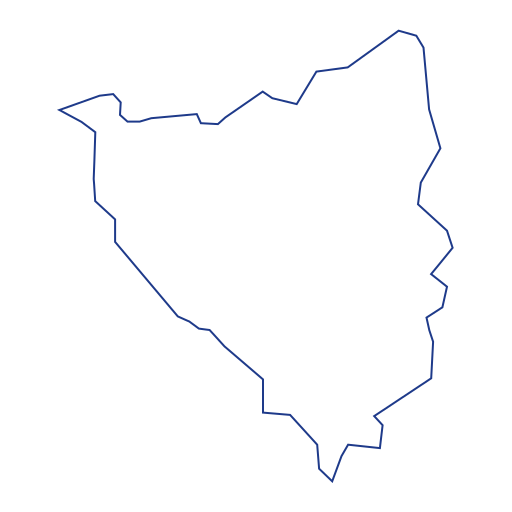 the district of Mat, Dibër, Albania
{"feature_id": "67620474B55788488782298", "entity_name": "Mat", "entity_type": "district", "adm_level": 2, "iso_a3": "ALB", "parent_name": "Albania", "parent_adm1": "Dibër", "projection": "robinson", "projection_center": [19.995, 41.564], "detail": "fine", "context": "isolated", "style": "outline", "palette": "blue", "viewbox_px": 512, "rotation_deg": 0, "n_neighbors": 0, "source": "geoboundaries", "source_scale": "gbopen_adm2", "svg_char_len": 889}
<svg xmlns="http://www.w3.org/2000/svg" viewBox="0 0 512 512"><path d="M59.4,110.0L81.5,121.9L95.3,132.2L94.4,160.2L93.7,179.0L94.1,184.0L95.2,201.1L115.1,219.4L115.1,241.9L177.8,316.4L184.7,319.5L187.4,320.7L189.3,321.5L190.9,322.7L198.9,328.6L205.6,329.5L209.6,330.0L211.6,332.2L215.0,335.9L224.5,346.4L263.0,379.4L263.0,412.6L290.1,414.9L317.2,444.7L319.1,468.7L332.2,481.3L341.5,456.1L348.1,444.7L379.9,448.1L382.6,425.2L374.2,416.1L431.2,378.3L433.1,341.7L429.3,330.2L426.5,317.6L442.4,307.3L447.0,286.7L431.1,274.1L439.5,263.9L452.6,247.8L447.0,230.7L418.0,204.3L420.8,182.6L440.4,148.3L429.1,109.4L423.5,47.6L416.3,35.7L398.6,30.7L347.7,67.4L316.4,71.6L296.7,104.1L272.3,98.2L262.7,91.6L225.4,117.4L217.9,124.1L200.9,123.2L196.8,114.1L151.3,118.2L139.7,121.6L127.5,121.6L120.0,114.9L120.7,102.4L113.2,94.1L99.6,95.7L59.4,110.0Z" fill="none" stroke="#1e3a8a" stroke-width="2"/></svg>